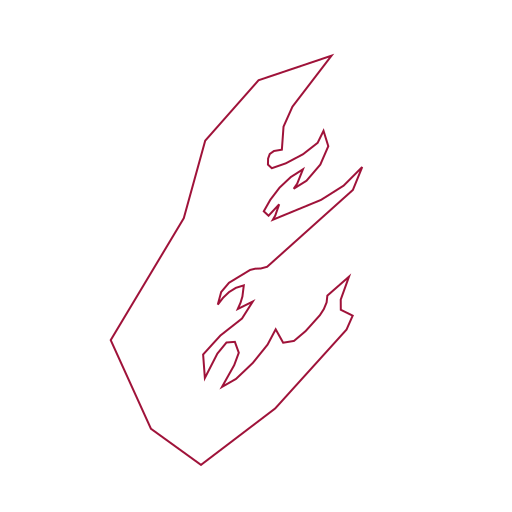 outline of Reykjavík, rotated 133°
{"feature_id": "ISL-5131", "entity_name": "Reykjavík", "entity_type": "Region", "adm_level": 1, "iso_a3": "ISL", "parent_name": "Iceland", "parent_adm1": "", "projection": "equal_earth", "projection_center": [-21.878, 64.139], "detail": "fine", "context": "isolated", "style": "outline", "palette": "rose", "viewbox_px": 512, "rotation_deg": 133, "n_neighbors": 0, "source": "natural_earth", "source_scale": "10m", "svg_char_len": 1136}
<svg xmlns="http://www.w3.org/2000/svg" viewBox="0 0 512 512"><g transform="rotate(133 256 256)"><path d="M58.0,337.4L121.9,331.2L142.6,324.1L160.6,309.6L167.0,314.5L172.0,315.5L176.5,313.6L181.0,309.6L181.0,304.3L167.9,297.4L149.4,291.0L131.2,288.1L118.4,292.0L126.4,278.0L145.3,271.3L166.5,270.4L181.1,274.3L175.0,275.2L160.6,280.8L174.5,284.4L189.9,285.4L205.0,283.9L218.0,280.8L218.0,274.3L202.4,274.3L213.3,269.5L218.0,268.4L170.6,246.7L144.8,239.9L118.5,239.0L141.6,230.2L256.3,240.5L261.9,244.0L265.8,247.9L270.2,250.8L294.0,257.5L306.1,256.9L317.6,250.8L308.9,251.6L300.7,251.1L293.0,249.0L285.8,244.9L294.9,238.3L300.6,235.5L307.2,233.2L291.5,227.3L311.3,223.6L338.3,227.8L348.6,227.7L364.1,227.5L380.1,210.2L353.7,217.7L339.4,218.6L333.2,212.9L338.5,202.6L350.7,197.5L374.9,191.6L359.5,186.8L336.4,185.4L312.9,187.1L296.2,191.6L300.9,177.0L292.2,170.3L277.0,168.5L255.7,168.9L248.5,170.2L241.8,172.7L236.3,176.8L207.7,173.9L230.1,164.3L237.5,157.3L233.7,144.6L248.1,139.6L354.4,138.0L446.3,153.8L454.0,215.0L416.6,304.9L277.6,334.6L206.3,371.8L125.7,374.0L58.0,337.4Z" fill="none" stroke="#9f1239" stroke-width="2"/></g></svg>